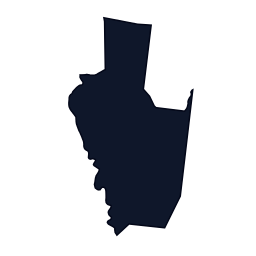 the district of Morne Gomier, Laborie, Saint Lucia, rotated 185°
{"feature_id": "8701671B16290064127769", "entity_name": "Morne Gomier", "entity_type": "district", "adm_level": 2, "iso_a3": "LCA", "parent_name": "Saint Lucia", "parent_adm1": "Laborie", "projection": "natural_earth1", "projection_center": [-60.992, 13.765], "detail": "fine", "context": "isolated", "style": "filled", "palette": "ink", "viewbox_px": 256, "rotation_deg": 185, "n_neighbors": 0, "source": "geoboundaries", "source_scale": "gbopen_adm2", "svg_char_len": 4182}
<svg xmlns="http://www.w3.org/2000/svg" viewBox="0 0 256 256"><g transform="rotate(185 128 128)"><path d="M113.9,232.5L127.6,232.2L161.6,235.7L160.6,232.0L155.7,184.2L155.9,184.1L156.6,183.7L157.4,183.2L159.3,181.8L161.6,180.3L162.5,179.7L163.7,178.7L164.0,178.5L164.5,178.3L165.6,177.8L166.5,177.6L167.4,177.5L168.1,177.5L169.0,177.4L170.2,177.3L171.1,177.5L171.4,177.6L172.0,177.6L172.5,177.6L172.9,177.7L173.5,177.7L174.0,177.7L175.2,177.3L175.7,177.2L176.6,177.1L177.1,177.0L177.5,177.0L178.5,176.8L179.3,176.8L179.9,176.7L180.3,176.7L180.2,176.1L180.3,175.7L180.2,174.7L180.1,174.1L179.7,173.6L179.1,172.6L178.1,171.3L177.2,170.4L176.9,169.8L176.7,169.3L176.7,168.7L176.7,168.2L176.9,167.8L177.3,167.2L178.0,166.6L178.3,166.6L178.8,166.5L179.2,166.6L179.8,166.3L180.4,165.9L180.8,165.6L181.4,165.0L182.1,164.4L183.1,163.3L184.0,162.1L185.2,160.6L186.0,159.5L186.2,159.1L186.5,158.0L186.8,157.3L187.2,156.8L188.0,156.3L188.2,155.9L188.7,155.2L189.0,154.5L189.1,153.9L189.2,153.4L189.2,153.1L189.2,152.5L189.1,151.8L189.1,150.9L189.1,149.7L189.1,149.0L189.1,148.5L189.1,148.0L189.0,147.2L189.0,146.8L188.9,146.5L188.9,146.0L188.8,145.5L188.6,144.7L188.5,144.2L188.3,143.8L188.2,143.5L187.8,142.9L187.6,142.5L187.4,142.1L187.2,141.8L186.9,141.4L186.7,141.1L186.2,140.5L186.0,140.3L185.6,139.8L185.1,139.4L184.8,139.0L184.4,138.5L182.7,136.7L181.7,135.5L181.2,135.0L181.0,134.6L180.7,134.1L180.6,133.4L180.6,132.9L180.5,132.3L180.4,131.5L180.3,131.0L180.2,130.5L180.2,130.0L180.1,129.6L180.0,129.2L179.9,128.7L179.8,128.3L179.7,127.9L179.6,127.6L179.5,127.3L179.3,126.8L179.1,126.5L178.7,125.5L178.3,124.7L178.2,124.6L178.0,124.1L177.9,123.8L177.5,123.0L177.3,122.7L177.1,122.1L176.8,121.5L176.6,121.2L176.3,120.7L176.1,120.3L175.8,120.0L175.5,119.5L175.1,118.7L174.8,118.3L174.7,118.0L174.5,117.7L174.3,117.2L174.1,116.9L173.8,116.4L173.5,115.8L173.3,115.4L173.0,114.8L172.7,114.2L172.5,113.7L172.0,112.7L171.6,111.9L171.2,111.0L170.9,110.3L170.8,109.7L170.7,109.3L170.6,108.9L170.6,108.6L170.5,108.0L170.4,107.4L170.4,107.0L170.4,106.4L170.3,105.9L170.2,105.6L170.1,105.2L169.9,104.7L169.8,104.4L169.6,104.1L169.4,103.9L169.2,103.6L168.9,103.2L168.5,102.9L168.0,102.6L167.2,102.2L166.9,102.1L166.3,101.8L165.9,101.6L165.5,101.1L165.3,100.8L165.2,100.5L165.0,100.1L165.0,99.8L164.9,99.5L164.8,98.7L164.8,98.4L164.8,97.9L164.8,97.4L164.8,97.0L164.8,96.7L164.8,96.1L164.8,95.6L164.8,95.2L164.6,94.8L164.4,94.5L164.2,94.2L163.8,94.0L163.5,93.9L163.3,93.8L162.8,93.7L162.4,93.8L162.0,93.9L161.6,94.1L161.1,94.3L160.8,94.4L160.4,94.4L160.0,94.4L159.7,94.3L159.4,94.2L158.9,94.1L158.5,94.0L158.2,93.8L157.9,93.7L157.7,93.6L157.5,93.1L157.5,92.9L157.5,92.6L157.6,92.2L157.8,91.9L157.9,91.6L158.1,91.1L158.3,90.8L158.6,90.3L158.7,90.0L158.8,89.7L159.0,89.2L159.2,88.8L159.1,88.5L159.0,88.2L158.9,88.1L158.5,87.6L153.0,84.6L153.0,83.6L153.2,82.3L153.7,81.2L154.3,79.8L154.7,79.2L155.1,78.3L155.6,77.4L155.7,76.5L156.0,75.3L156.0,74.7L156.1,73.0L156.2,71.0L156.5,68.9L156.4,68.5L156.2,68.0L155.9,67.0L155.6,66.1L155.3,65.4L154.3,64.8L153.4,64.2L152.8,64.0L152.2,63.8L151.4,64.0L150.9,64.1L150.6,64.0L150.3,64.5L149.7,65.4L149.4,65.8L148.7,66.8L148.1,66.8L147.4,66.8L146.6,66.8L145.8,66.2L145.2,65.5L144.5,63.6L144.3,62.1L144.1,60.6L143.9,58.7L143.7,56.6L143.7,54.5L143.7,54.0L143.2,51.8L142.4,50.9L141.9,50.5L141.4,50.1L140.0,49.7L138.4,49.4L138.2,49.2L138.1,48.9L137.9,48.0L138.1,47.2L138.7,46.0L139.5,44.7L140.1,43.5L140.3,42.4L140.0,41.4L139.7,40.6L139.3,39.8L138.2,38.8L137.8,38.5L137.0,37.9L136.7,37.1L136.7,36.8L137.0,35.9L137.5,35.2L138.3,34.6L139.0,34.2L140.1,33.2L140.3,32.0L139.1,30.6L137.6,29.9L134.6,28.6L133.0,27.7L132.3,26.7L132.3,25.6L131.7,22.9L131.1,22.1L130.2,21.0L129.7,20.3L118.6,32.5L82.8,31.8L70.0,64.6L68.4,117.9L66.8,171.7L67.1,171.5L67.3,171.4L67.7,170.8L68.2,169.9L68.4,169.5L68.5,169.2L68.1,168.3L67.9,167.5L67.9,166.3L68.0,165.6L68.3,165.1L68.7,164.3L69.2,163.7L69.5,163.0L69.7,162.4L69.9,162.1L70.1,161.6L70.2,160.9L70.4,160.4L70.5,159.7L70.4,158.4L70.2,157.9L70.3,156.9L70.5,155.4L70.7,154.1L71.2,152.6L71.7,151.7L72.5,150.6L73.1,149.7L101.9,150.7L103.8,152.2L109.3,161.5L116.1,168.0L113.9,232.5Z" fill="#0f172a" stroke="#020617" stroke-width="1.5"/></g></svg>